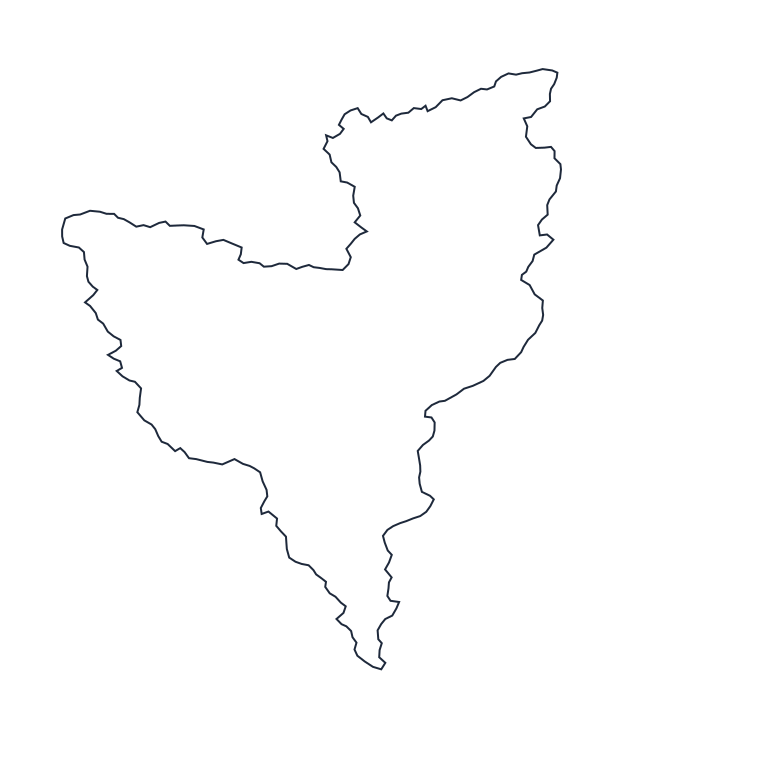 the district of Quitandinha, Paraná, Brazil, rotated 252°
{"feature_id": "56859067B47422460972833", "entity_name": "Quitandinha", "entity_type": "district", "adm_level": 2, "iso_a3": "BRA", "parent_name": "Brazil", "parent_adm1": "Paraná", "projection": "mercator", "projection_center": [-49.482, -25.922], "detail": "fine", "context": "isolated", "style": "outline", "palette": "slate", "viewbox_px": 768, "rotation_deg": 252, "n_neighbors": 0, "source": "geoboundaries", "source_scale": "gbopen_adm2", "svg_char_len": 3862}
<svg xmlns="http://www.w3.org/2000/svg" viewBox="0 0 768 768"><g transform="rotate(252 384 384)"><path d="M654.5,436.7L652.7,429.9L648.4,425.2L644.4,421.2L639.1,424.5L635.5,419.4L633.8,411.4L638.4,405.8L632.4,405.3L626.3,399.2L619.0,403.2L611.1,402.5L605.1,405.7L599.0,407.2L590.1,405.5L587.0,411.2L580.6,417.1L572.6,412.9L565.6,411.4L559.2,413.5L551.6,413.5L546.8,406.1L539.9,410.8L534.4,414.8L533.7,407.3L531.1,401.0L527.6,395.7L524.2,390.0L514.9,391.6L509.0,387.3L505.2,379.9L509.3,369.6L511.1,364.5L514.3,358.6L516.8,353.2L520.4,349.4L520.7,342.5L520.5,336.1L528.2,329.1L530.9,321.5L530.8,313.5L532.7,306.0L537.3,303.0L541.2,295.6L542.4,287.8L547.2,284.0L551.6,287.9L557.8,290.8L564.9,282.5L570.7,275.8L571.7,268.3L571.9,259.0L579.5,256.5L586.7,260.3L592.9,252.5L596.8,242.7L598.5,236.8L600.6,229.2L606.0,226.4L606.7,219.9L605.4,210.1L609.4,204.4L610.2,197.0L616.3,192.0L621.2,187.5L624.3,182.4L629.2,179.9L631.6,172.7L635.6,167.1L639.6,157.9L639.1,147.4L640.6,140.9L639.9,132.0L630.4,125.6L623.8,123.5L617.1,122.9L612.5,127.9L608.1,136.0L602.2,139.4L594.9,137.7L587.2,138.3L578.4,134.8L572.6,134.5L566.6,137.1L562.0,140.4L558.4,135.0L554.0,124.9L549.0,128.6L540.5,131.8L533.7,131.8L528.2,135.6L519.2,137.5L512.9,141.6L507.3,147.0L501.3,145.8L498.5,139.2L497.0,130.5L491.6,134.8L487.1,140.1L480.3,139.8L479.0,133.8L472.1,137.7L466.0,143.0L463.1,147.8L454.9,151.6L446.4,147.5L439.7,144.9L433.4,140.7L423.5,144.8L417.3,150.4L411.7,152.5L404.2,153.2L397.8,154.7L393.8,159.7L384.7,164.6L386.0,170.4L380.9,173.3L373.7,175.6L370.6,182.2L367.6,187.0L364.5,191.9L362.0,197.4L357.5,205.3L358.8,218.6L351.6,225.2L347.6,230.9L343.9,234.5L338.3,238.9L328.9,238.5L319.6,239.6L313.2,238.3L309.4,233.9L304.1,228.5L298.2,227.5L298.4,234.7L289.1,240.7L282.4,237.7L275.8,240.4L269.1,243.6L263.2,242.1L257.1,240.6L248.2,240.2L242.3,244.9L238.3,250.1L234.9,256.3L228.8,259.4L223.9,260.6L219.4,263.9L213.8,267.7L209.2,265.4L201.7,267.7L196.7,272.1L189.4,275.4L184.4,278.9L178.8,274.7L175.2,266.2L168.7,269.4L165.2,273.3L159.2,276.4L152.9,275.8L146.5,277.9L140.6,273.9L133.8,274.7L126.1,279.9L118.4,286.1L113.5,293.2L118.4,299.1L125.6,295.0L132.3,297.6L138.2,301.8L143.0,299.7L151.7,301.8L156.6,307.2L160.1,312.6L161.2,320.3L166.8,326.5L172.0,331.0L175.8,323.2L181.4,321.7L188.2,325.1L193.8,327.4L197.7,331.5L207.3,327.7L212.7,333.6L219.1,338.6L224.5,336.1L233.0,335.7L239.9,336.1L244.2,342.2L246.0,348.8L246.7,356.4L246.7,362.7L247.2,370.2L247.2,377.6L249.4,384.7L253.5,390.3L258.9,395.7L263.5,393.2L269.7,386.7L278.1,387.1L284.3,388.5L289.4,391.5L295.3,393.2L301.1,394.1L309.9,395.4L314.0,402.2L316.3,409.3L319.0,414.2L324.1,417.6L331.8,420.3L337.5,418.8L340.3,412.9L345.7,415.2L349.2,423.0L350.2,431.3L349.2,436.7L351.7,449.7L354.8,458.6L354.8,467.9L356.2,479.5L359.1,486.9L365.7,495.8L368.2,501.1L368.8,508.9L367.4,516.1L371.9,524.3L376.1,528.2L381.6,534.7L385.8,543.7L392.0,549.9L395.4,554.0L400.5,556.7L407.4,558.0L414.3,560.9L422.7,555.0L433.1,553.1L440.6,546.6L445.2,548.9L446.9,554.0L450.8,557.4L455.0,563.3L460.6,566.9L463.5,580.6L468.9,589.7L475.8,585.3L477.2,578.1L487.5,579.6L491.6,585.0L494.5,592.0L503.7,594.5L508.4,598.4L514.0,607.0L519.4,609.6L525.3,615.0L533.3,618.6L538.6,619.7L546.0,615.9L552.8,618.2L557.9,616.1L559.2,609.6L561.6,601.3L566.6,597.8L575.3,595.4L584.8,599.9L593.4,599.0L592.5,606.4L597.9,614.6L598.2,622.7L601.6,629.3L608.6,631.4L613.2,634.1L616.6,638.5L621.9,642.9L626.5,645.1L630.2,640.9L634.5,632.2L634.8,626.0L635.3,618.6L636.9,611.4L637.4,605.2L640.9,598.4L639.9,590.3L637.2,584.0L632.9,580.8L632.3,573.0L634.8,567.5L633.7,559.9L631.1,552.0L630.0,544.5L634.8,536.8L635.8,527.3L631.3,518.7L630.0,509.8L635.8,509.5L634.0,504.4L637.2,497.6L634.5,491.0L635.8,484.0L635.5,478.3L632.3,472.9L635.8,468.7L641.5,467.0L639.3,460.7L636.9,452.5L643.0,451.2L647.8,445.9L654.5,444.2L654.5,436.7Z" fill="none" stroke="#1e293b" stroke-width="2"/></g></svg>